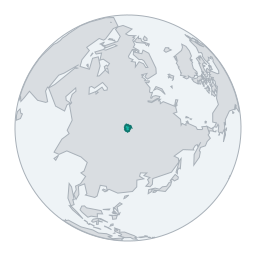 globe centered on Gorno-Altay, rotated 58°
{"feature_id": "RUS-2400", "entity_name": "Gorno-Altay", "entity_type": "Republic", "adm_level": 1, "iso_a3": "RUS", "parent_name": "Russia", "parent_adm1": "", "projection": "orthographic", "projection_center": [87.215, 50.869], "detail": "fine", "context": "on_globe", "style": "filled", "palette": "teal", "viewbox_px": 256, "rotation_deg": 58, "n_neighbors": 0, "source": "natural_earth", "source_scale": "10m", "svg_char_len": 13069}
<svg xmlns="http://www.w3.org/2000/svg" viewBox="0 0 256 256"><g transform="rotate(58 128 128)"><circle cx="128" cy="128" r="113" fill="#eef3f6" stroke="#a8b0b8"/><path d="M171.6,24.2L173.0,25.3L167.7,25.6L166.1,24.3L165.0,24.7L166.9,26.4L168.5,27.5L167.3,33.0L172.5,41.1L177.5,43.8L173.8,43.3L185.4,48.9L190.4,54.5L182.7,48.2L180.4,47.5L182.7,51.1L180.8,51.3L180.9,53.2L178.4,53.2L174.2,49.8L172.5,49.7L174.3,52.3L172.9,54.1L170.5,50.3L167.9,53.0L160.3,48.3L156.0,38.9L149.8,37.2L140.0,30.1L138.9,31.1L134.5,29.4L131.5,30.0L130.5,28.8L129.0,30.4L130.5,31.5L130.3,32.6L128.7,33.1L127.2,31.5L127.7,31.0L126.5,30.8L126.4,29.8L125.5,30.6L123.9,28.8L123.1,31.4L119.8,30.6L119.3,29.2L122.5,28.3L129.4,23.4L129.9,22.1L127.5,20.8L116.3,20.6L115.5,19.7L112.3,19.2L111.2,20.1L113.4,20.8L110.6,22.4L113.6,23.3L112.9,24.2L114.7,25.8L111.1,26.7L106.5,26.9L104.8,25.8L102.8,25.9L101.7,28.1L95.9,27.3L87.4,29.3L86.3,29.1L89.0,26.4L96.0,23.3L99.5,20.6L93.8,23.7L91.0,23.5L89.2,24.1L87.3,25.0L87.0,25.6L85.3,25.9L90.4,22.8L92.0,22.5L90.4,23.4L93.6,22.1L97.0,20.3L95.4,20.6L102.2,18.4L101.1,18.6L101.5,18.5L102.5,18.3L103.3,18.1L102.5,18.3L111.2,16.6L119.9,15.6L128.7,15.4L137.5,15.8L146.3,16.9L154.9,18.6L163.4,21.1L171.6,24.2ZM222.2,66.3L222.2,66.2L222.2,66.3ZM222.4,66.5L222.5,66.7L222.4,66.5ZM222.7,67.2L222.5,66.7L222.9,67.4L222.7,67.2ZM223.4,68.2L223.0,67.6L223.4,68.2ZM224.0,69.4L224.1,69.7L223.7,69.0L224.0,69.4ZM169.4,28.0L167.2,26.5L166.1,25.0L168.2,26.2L169.4,28.0ZM171.1,31.4L169.5,30.6L170.9,29.9L171.4,30.5L171.1,31.4ZM181.4,45.9L179.9,44.1L182.0,45.8L181.4,45.9ZM181.3,53.5L182.4,54.0L182.0,54.8L181.3,53.5ZM116.6,25.2L115.7,25.5L115.8,25.0L116.6,25.2ZM118.3,25.6L119.1,24.9L120.0,25.0L119.5,25.5L118.3,25.6ZM177.8,55.6L176.8,56.8L177.1,54.9L177.8,55.6ZM117.1,26.5L121.5,25.4L123.1,25.6L122.4,27.5L117.1,26.5ZM175.8,57.2L173.5,60.5L175.6,61.8L168.4,60.1L172.7,57.7L172.7,55.1L174.1,56.9L175.8,57.2ZM131.6,31.6L130.0,30.5L132.8,30.9L131.6,31.6ZM133.5,31.6L142.5,31.9L144.0,34.0L140.7,33.4L144.0,35.9L140.3,36.7L137.7,35.6L137.4,34.0L136.3,35.6L133.5,31.6ZM164.8,58.8L163.6,59.2L164.0,58.1L164.8,58.8ZM130.4,33.1L132.1,32.9L133.6,34.7L130.5,35.4L131.0,34.6L130.4,33.1ZM146.6,36.1L147.2,37.7L144.4,38.8L144.2,39.5L140.4,36.9L146.6,36.1ZM129.9,34.4L128.9,35.7L126.8,35.4L128.9,33.4L129.9,34.4ZM135.3,34.8L135.8,35.7L134.5,35.5L135.3,34.8ZM118.5,35.4L120.5,34.9L121.5,35.8L118.5,35.4ZM128.7,36.3L129.5,36.4L130.1,36.7L129.0,37.5L128.7,36.3ZM138.7,37.9L137.4,38.1L140.1,39.1L138.1,40.0L135.9,38.1L136.0,39.4L135.4,39.7L134.3,37.8L138.7,37.9ZM129.7,39.3L126.2,37.5L122.4,38.0L121.4,37.2L127.8,36.5L129.7,39.3ZM132.5,38.6L130.6,38.8L130.4,37.7L131.6,36.8L132.5,38.6ZM137.6,41.4L141.2,40.4L141.5,40.8L137.6,41.4ZM128.6,39.7L129.5,40.1L128.4,39.9L128.6,39.7ZM134.9,41.1L136.1,40.6L136.5,41.2L134.9,41.1ZM130.2,41.5L129.1,40.8L129.9,40.2L130.2,41.5ZM132.4,41.5L132.6,42.3L130.8,40.3L132.9,41.2L132.4,41.5ZM135.0,41.7L135.7,41.8L134.5,41.8L135.0,41.7ZM127.9,44.5L125.5,42.1L127.2,40.6L129.3,43.1L127.9,44.5ZM17.9,104.2L22.7,88.3L23.8,86.7L26.7,81.6L36.7,82.6L35.9,87.8L40.5,99.7L40.6,102.1L36.8,105.0L37.7,120.3L41.8,119.7L45.7,130.9L50.4,136.0L57.7,129.6L50.1,121.1L51.9,115.5L60.6,118.8L67.7,126.6L68.6,124.7L66.8,116.6L71.1,115.4L66.4,113.6L66.3,116.5L63.4,115.6L63.3,112.9L64.9,112.5L63.5,109.5L56.5,112.5L55.6,115.8L50.4,110.7L48.4,115.8L46.0,115.8L48.4,107.3L50.2,105.5L52.4,93.8L50.0,95.2L47.8,106.4L47.3,104.3L44.0,106.5L46.1,103.2L49.1,90.9L46.2,86.0L37.7,86.3L36.9,83.1L38.4,77.9L46.2,72.1L47.0,80.1L49.8,78.5L53.7,72.8L53.6,75.8L55.3,74.6L56.0,77.5L60.9,78.0L62.3,80.7L68.0,77.6L69.5,78.7L65.6,80.1L63.7,82.7L67.4,89.6L69.3,90.0L72.7,87.5L73.3,89.9L76.2,86.7L80.2,89.5L77.7,83.5L81.7,80.8L86.2,80.9L87.1,79.0L79.7,78.9L77.2,79.9L75.8,82.4L68.5,84.6L66.4,83.0L72.3,76.9L69.9,74.0L75.6,70.8L92.0,72.6L96.8,75.2L96.9,85.5L93.5,86.5L91.8,83.1L89.9,88.8L91.7,87.1L92.2,89.2L96.1,87.4L96.7,88.8L99.5,84.9L100.6,86.4L98.8,88.9L105.6,88.0L108.9,90.7L110.2,89.8L110.6,88.2L114.5,92.9L115.3,92.1L114.3,90.2L115.2,87.4L118.2,84.3L119.4,86.2L118.5,87.5L118.3,93.2L115.6,96.6L116.4,97.1L119.0,94.5L119.3,87.6L120.8,85.3L121.1,88.4L121.1,87.1L122.3,86.5L124.5,87.7L124.3,84.2L135.1,76.3L140.5,78.1L139.6,81.7L148.4,78.8L153.8,81.5L152.8,79.7L156.4,77.4L154.8,76.5L154.6,75.5L163.1,69.8L166.0,70.0L168.6,66.0L168.1,65.1L166.1,64.7L168.4,60.1L175.6,61.8L176.3,63.7L180.3,63.6L181.4,68.0L184.1,71.8L182.9,76.9L185.2,79.6L186.5,79.3L190.6,83.0L194.4,91.9L185.5,85.9L178.6,73.8L180.9,78.7L178.7,78.1L178.5,80.2L180.2,83.8L181.5,83.9L175.5,92.8L176.3,103.8L180.4,101.3L183.9,103.1L188.5,114.6L184.0,133.8L188.7,137.2L189.5,140.4L186.8,143.7L185.5,139.1L182.0,138.7L181.6,135.7L176.8,139.8L176.1,135.9L172.7,141.2L175.0,143.8L179.5,141.5L176.9,148.1L182.6,151.8L184.2,157.9L177.8,171.2L169.9,176.6L169.7,178.6L166.0,177.3L161.9,181.9L169.3,190.2L169.3,193.0L162.3,199.6L162.0,197.7L152.4,194.4L151.1,200.9L158.4,204.9L161.0,209.9L155.6,209.2L152.9,204.6L149.5,203.3L150.1,197.8L146.6,189.6L141.1,191.7L141.2,188.1L135.6,180.8L127.6,183.2L115.0,192.0L113.8,200.5L109.3,203.5L102.4,190.0L101.6,180.9L97.7,180.8L91.8,171.2L77.5,165.4L76.8,162.4L73.8,162.3L69.9,157.5L69.2,152.6L66.3,151.1L68.4,164.1L71.7,165.7L76.3,163.6L76.1,167.6L80.0,172.8L71.1,177.8L52.0,174.1L52.3,167.1L49.1,141.4L50.4,139.8L50.4,139.5L50.5,139.0L48.0,141.3L48.2,136.3L47.6,153.1L46.5,158.8L51.7,174.2L50.7,174.6L53.0,178.4L63.1,182.2L62.7,184.2L56.6,190.0L44.6,192.1L47.4,200.1L48.7,204.8L44.0,202.2L47.3,206.4L45.6,204.8L39.8,198.0L34.6,190.9L29.9,183.4L25.9,175.5L22.5,167.3L22.3,167.0L20.9,162.4L17.7,146.9L18.2,143.2L17.9,139.1L17.0,135.9L16.9,131.0L16.5,128.5L16.1,114.7L16.5,112.1L17.9,104.2ZM29.9,85.9L28.8,87.1L29.9,85.9ZM73.0,139.2L78.7,143.2L80.0,136.1L82.3,137.1L81.9,134.4L80.1,135.5L79.6,128.4L83.5,128.4L84.7,125.6L82.9,124.1L75.9,125.4L76.5,135.4L73.5,136.8L73.0,139.2ZM90.8,23.6L90.3,23.9L88.3,24.8L89.0,24.3L90.8,23.6ZM81.0,29.8L78.6,30.2L80.8,29.4L81.3,28.7L86.5,26.3L86.0,28.9L85.3,28.1L81.0,29.8ZM93.3,24.2L90.0,25.2L93.6,24.0L93.3,24.2ZM63.8,65.5L62.8,67.5L60.6,68.1L58.9,65.4L62.1,64.4L63.8,65.5ZM61.8,70.4L68.1,65.4L69.4,67.1L67.6,67.0L67.8,68.6L65.0,68.8L60.0,75.5L57.7,76.6L55.9,70.5L57.8,71.8L58.7,69.7L61.8,70.4ZM82.0,51.6L84.7,50.0L83.9,55.7L81.5,56.6L79.7,53.7L81.5,51.0L82.0,51.6ZM115.0,30.4L116.1,29.8L116.5,30.2L115.9,31.0L115.0,30.4ZM119.4,35.1L110.6,33.6L111.4,32.8L105.2,33.2L105.0,31.2L109.0,31.0L104.2,29.9L107.7,28.9L104.3,28.5L113.2,28.2L116.1,27.4L112.9,29.0L113.0,30.7L114.0,31.3L118.9,32.3L125.3,31.8L126.5,33.7L125.6,35.1L124.2,35.5L123.9,34.2L122.3,35.7L120.8,34.1L119.4,35.1ZM114.4,54.1L114.6,51.8L111.2,55.6L109.6,53.5L109.3,54.1L107.0,53.3L103.6,53.4L103.4,52.3L102.1,52.8L100.5,52.4L98.8,52.8L97.7,51.0L95.5,51.4L96.3,50.3L92.7,51.5L94.9,49.9L93.1,49.3L91.9,51.2L90.6,41.5L88.4,39.0L85.4,38.0L89.5,35.6L95.1,35.1L100.6,36.1L102.2,38.9L103.8,37.4L105.0,38.4L103.2,39.2L106.7,38.5L107.2,39.6L112.2,41.1L116.8,39.8L118.8,40.4L117.2,41.5L120.2,41.4L118.6,43.8L119.9,44.4L119.6,47.4L115.8,49.2L117.6,49.7L117.5,52.2L114.4,54.1ZM127.7,45.3L123.5,47.7L120.6,47.9L122.3,42.6L121.3,41.7L122.3,38.6L126.5,38.5L125.8,39.4L126.1,40.2L124.7,39.9L126.1,40.8L125.2,42.1L126.1,43.2L124.5,43.7L127.7,45.3ZM42.6,102.3L42.9,103.8L44.0,105.6L42.0,107.1L42.6,102.3ZM44.5,93.9L45.1,94.8L42.7,97.7L42.3,96.3L44.5,93.9ZM47.5,93.0L45.3,94.7L46.3,92.9L47.5,93.0ZM66.5,80.8L67.4,81.7L66.7,82.5L65.2,82.8L66.5,80.8ZM103.8,65.6L104.4,64.1L105.2,64.1L108.3,61.7L109.7,63.1L108.3,65.1L103.8,65.6ZM55.3,129.6L52.7,129.7L52.6,128.2L53.5,128.4L55.3,129.6ZM46.1,118.2L47.3,121.9L45.6,118.5L46.1,118.2ZM105.9,66.7L107.0,65.5L107.0,67.0L105.9,66.7ZM110.9,64.0L111.2,65.6L110.2,63.0L110.9,64.0ZM63.0,214.2L62.2,218.6L58.1,215.8L55.5,213.0L54.6,209.4L58.6,211.1L60.1,210.1L63.0,214.2ZM186.5,213.1L189.3,212.0L189.2,212.3L186.5,213.1ZM183.5,213.4L186.9,212.1L182.8,214.2L183.5,213.4ZM188.2,211.5L191.6,209.4L193.1,208.3L192.7,209.0L188.2,211.5ZM181.2,214.3L168.1,218.4L162.8,218.9L164.2,217.6L172.7,215.6L181.2,214.3ZM163.7,217.6L155.6,216.1L143.8,207.3L148.0,207.1L160.2,211.6L159.5,212.8L164.4,214.3L163.7,217.6ZM183.2,206.0L182.4,209.3L175.3,211.5L172.0,212.0L169.7,208.6L171.0,206.2L173.7,205.5L183.8,194.6L187.4,195.1L184.4,199.5L187.3,201.1L183.2,206.0ZM114.3,201.3L117.1,206.4L114.6,206.9L114.3,201.3ZM187.5,187.4L183.7,192.6L187.0,186.4L187.5,187.4ZM189.2,182.0L189.6,183.7L187.8,182.6L189.2,182.0ZM169.9,181.4L167.0,182.6L166.8,181.2L170.3,178.8L169.9,181.4ZM185.4,162.9L186.0,167.3L185.7,168.9L184.1,166.8L185.4,162.9ZM119.3,78.6L113.4,80.3L110.0,82.7L109.6,86.0L107.7,82.3L112.8,78.5L119.3,78.6ZM133.0,76.4L133.3,73.8L134.9,74.5L135.0,75.2L133.0,76.4ZM132.0,75.0L129.3,72.5L130.6,70.9L132.5,73.1L132.0,75.0ZM117.4,69.3L115.5,69.7L115.6,68.4L117.4,69.3ZM175.0,230.4L171.5,231.9L173.6,230.8L172.5,229.7L173.9,229.3L174.5,227.4L186.8,220.4L195.9,211.8L201.4,208.7L206.3,202.2L211.5,198.4L209.2,202.6L213.7,199.7L219.0,190.0L219.5,193.4L220.6,192.1L215.4,199.0L209.8,205.5L203.6,211.5L197.0,217.0L190.0,222.0L182.6,226.5L175.0,230.4ZM234.6,164.3L234.9,163.3L235.0,163.3L234.6,164.3ZM193.5,210.0L197.7,205.8L199.8,204.5L193.5,210.0ZM234.5,164.4L233.9,165.9L234.0,165.4L234.5,164.4ZM234.7,163.4L234.8,163.0L234.9,163.4L234.7,163.4ZM233.7,165.1L234.4,164.2L233.6,165.4L233.7,165.1ZM233.2,166.3L232.6,167.1L232.7,166.8L233.2,166.3ZM224.6,180.0L227.1,179.4L224.7,182.6L222.2,183.9L219.5,188.5L213.9,193.5L215.4,191.1L214.8,189.8L208.5,193.9L207.2,193.4L209.6,190.9L205.2,192.7L210.1,188.8L211.9,190.3L214.5,186.0L218.8,182.8L222.6,179.8L225.4,178.4L224.6,180.0ZM209.8,195.0L210.6,194.4L209.8,195.7L209.8,195.0ZM231.5,168.0L232.3,167.5L232.2,168.0L231.7,168.7L231.5,168.0ZM226.1,177.1L229.2,170.9L229.9,170.0L227.8,175.2L226.1,177.1ZM228.6,170.4L229.9,168.9L230.5,169.1L230.2,169.9L228.6,170.4ZM200.0,198.9L199.7,199.8L198.4,200.0L200.0,198.9ZM201.7,197.5L205.5,195.9L201.3,198.4L201.7,197.5ZM189.3,201.0L190.5,202.4L194.4,199.3L191.4,202.5L193.9,204.3L193.0,205.8L190.5,203.8L189.4,207.6L187.7,208.3L186.9,205.8L188.7,201.4L190.4,199.1L197.4,195.0L189.3,201.0ZM201.7,195.2L200.7,193.5L201.4,191.5L202.6,192.1L201.7,195.2ZM197.3,189.4L194.2,188.0L191.6,190.4L196.6,183.6L198.8,186.2L197.3,189.4ZM194.3,184.2L191.9,186.4L194.3,182.7L194.3,184.2ZM191.2,185.7L190.7,183.7L192.7,183.1L191.2,185.7ZM195.6,183.7L195.7,179.8L196.9,181.4L195.6,183.7ZM189.3,179.1L194.0,180.8L188.2,181.8L187.0,174.5L189.3,173.3L189.3,179.1ZM196.0,140.9L194.8,138.7L196.6,137.0L196.9,138.9L196.0,140.9ZM201.6,130.0L196.8,135.9L192.7,140.7L194.4,141.0L194.4,145.7L191.2,143.1L193.4,136.8L196.6,133.8L196.1,130.0L197.9,126.1L196.0,122.0L196.5,119.4L199.2,122.3L201.6,130.0ZM195.1,120.4L192.4,112.6L196.3,111.3L197.8,112.7L197.4,116.8L195.3,117.2L195.1,120.4ZM192.9,110.3L190.9,110.7L182.8,101.3L182.0,99.1L190.3,105.2L188.9,106.0L190.2,108.6L192.9,110.3ZM164.5,60.0L163.7,59.2L164.9,59.5L164.5,60.0ZM153.6,75.1L153.6,73.7L155.1,73.9L153.6,75.1ZM154.3,70.1L152.7,70.8L154.0,69.3L154.3,70.1ZM149.0,72.6L151.8,70.7L149.9,73.6L149.0,72.6Z" fill="#d9dde1" stroke="#a8b0b8" stroke-width="1"/><path d="M128.8,131.3L128.6,131.4L128.4,131.4L128.4,131.5L128.2,131.5L128.1,131.3L128.0,131.2L127.9,131.2L127.7,131.2L127.6,130.9L127.5,130.7L127.4,130.6L127.2,130.6L127.3,130.4L127.4,130.2L127.2,130.1L127.1,130.3L126.9,130.5L126.7,130.7L126.7,130.8L126.6,130.7L126.4,130.7L126.2,130.6L126.0,130.4L125.9,130.4L125.9,130.5L125.7,130.4L125.6,130.5L125.4,130.4L125.4,130.2L125.3,129.9L125.2,129.9L125.1,129.7L125.0,129.4L124.9,129.4L124.7,129.3L124.6,129.2L124.4,129.2L124.2,128.9L124.2,128.7L124.2,128.4L124.4,128.3L124.6,128.3L124.7,128.2L124.8,128.1L124.7,127.9L124.6,127.7L124.4,127.6L124.1,127.5L124.0,127.4L124.4,127.1L124.5,127.1L124.9,127.0L124.9,126.9L125.0,126.9L125.3,126.8L125.3,126.7L125.5,126.7L125.5,126.8L125.6,126.7L125.8,126.6L125.9,126.4L126.0,126.3L126.1,126.2L126.2,126.3L126.2,126.2L126.3,126.1L126.2,126.0L126.3,126.0L126.4,125.9L126.4,125.7L126.5,125.6L126.8,125.7L127.0,125.8L127.0,125.7L127.3,125.6L127.5,125.6L127.5,125.4L127.5,125.2L127.4,125.1L127.4,124.8L127.4,124.7L127.5,124.7L127.9,124.5L128.0,124.6L127.9,124.6L128.0,124.6L128.2,124.8L128.4,124.8L128.5,124.8L128.8,124.7L128.9,124.8L129.0,124.8L129.2,125.0L129.2,124.9L129.3,124.9L129.5,124.9L129.4,125.0L129.5,125.0L129.4,125.2L129.4,125.4L129.4,125.5L129.2,125.5L129.3,125.6L129.2,125.7L129.0,125.8L128.9,125.8L128.8,126.1L128.9,126.3L129.1,126.2L129.1,126.3L128.9,126.5L128.9,126.8L129.1,126.9L129.1,127.0L129.3,127.0L129.6,127.1L129.8,126.9L129.8,126.7L130.0,126.7L130.0,126.8L130.1,127.0L130.1,127.3L130.3,127.4L130.3,127.5L130.5,127.8L130.7,128.0L130.8,128.1L130.9,128.3L131.0,128.4L131.0,128.5L131.3,128.6L131.3,128.8L131.2,128.8L130.9,128.8L130.9,128.7L130.9,128.8L130.8,129.0L130.7,129.0L130.7,129.3L130.8,129.3L131.0,129.5L130.9,129.6L131.0,129.6L131.0,129.8L131.0,130.0L131.1,130.3L130.9,130.3L130.8,130.5L130.7,130.5L130.6,130.4L130.5,130.5L130.3,130.7L130.2,130.8L130.2,130.7L130.1,130.8L129.9,130.8L129.8,130.7L129.7,130.7L129.3,130.8L129.2,130.8L129.2,131.0L129.0,131.3L128.8,131.4L128.8,131.3Z" fill="#14b8a6" stroke="#0f766e" stroke-width="1.5"/></g></svg>